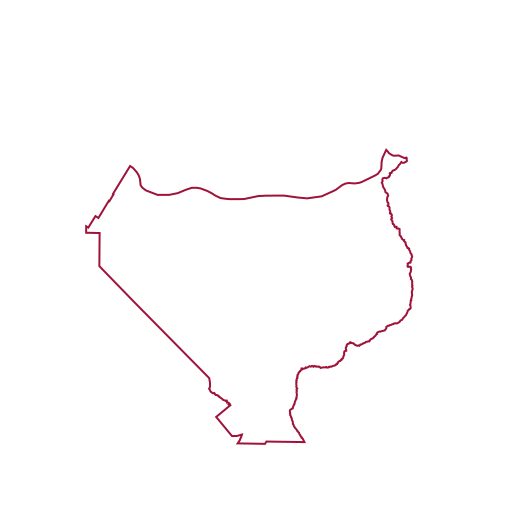 outline of Rosario, Santa Fe, Argentina, rotated 304°
{"feature_id": "61730980B23902943966550", "entity_name": "Rosario", "entity_type": "district", "adm_level": 2, "iso_a3": "ARG", "parent_name": "Argentina", "parent_adm1": "Santa Fe", "projection": "robinson", "projection_center": [-60.711, -33.096], "detail": "fine", "context": "isolated", "style": "outline", "palette": "rose", "viewbox_px": 512, "rotation_deg": 304, "n_neighbors": 0, "source": "geoboundaries", "source_scale": "gbopen_adm2", "svg_char_len": 6157}
<svg xmlns="http://www.w3.org/2000/svg" viewBox="0 0 512 512"><g transform="rotate(304 256 256)"><path d="M260.2,101.3L227.5,102.7L227.5,103.4L219.4,103.8L219.4,103.1L199.4,104.1L199.3,100.6L185.8,101.1L185.7,98.6L180.3,102.2L187.6,113.5L160.0,131.8L149.8,180.3L128.6,285.5L125.1,288.8L122.6,290.6L120.8,291.3L119.7,291.3L119.4,292.4L118.2,294.1L118.1,294.6L118.2,295.1L118.0,296.9L119.1,297.9L119.1,298.2L118.5,298.9L118.6,299.4L118.2,300.1L118.6,301.1L118.9,301.3L119.1,302.5L118.8,303.1L119.0,303.8L118.5,304.5L118.8,305.1L118.6,306.2L118.7,308.1L118.3,308.7L118.8,311.2L119.8,312.5L119.5,313.0L118.9,312.9L118.8,313.6L118.3,313.9L118.8,314.6L119.0,315.6L118.8,316.6L118.6,316.6L118.2,316.2L117.6,316.2L117.5,316.9L117.7,317.3L118.2,317.8L118.0,318.2L100.3,313.0L93.3,336.8L96.1,340.8L100.1,344.2L98.8,344.6L98.4,344.5L97.9,344.9L95.1,345.3L94.4,345.6L90.4,345.6L105.3,368.5L108.0,368.4L128.8,400.2L130.7,396.9L130.7,396.2L131.1,395.6L130.9,395.2L131.4,394.7L131.5,393.9L132.3,392.8L132.3,392.4L132.7,391.4L133.5,390.6L133.7,389.2L134.1,388.6L134.0,388.1L134.8,386.6L135.5,384.0L135.9,383.4L136.0,382.8L136.9,381.8L137.3,380.9L137.4,380.4L137.9,380.2L139.5,378.8L140.0,377.7L140.7,376.9L141.1,376.7L141.8,375.8L141.9,375.2L142.4,375.0L143.3,373.1L144.1,372.9L144.6,372.1L145.3,371.9L146.2,370.8L147.5,370.4L148.8,371.0L149.3,371.0L150.2,371.7L151.9,371.0L153.6,370.8L154.2,370.5L155.0,370.7L155.5,370.3L156.5,370.0L157.1,369.6L158.2,369.6L159.5,369.2L160.4,369.4L160.8,369.1L160.9,368.7L161.9,368.5L162.9,367.9L163.8,367.6L165.9,365.6L166.9,365.4L167.8,364.3L169.2,364.3L169.6,363.1L170.4,362.4L171.1,362.1L172.7,360.7L173.9,360.3L174.1,359.8L174.8,359.5L175.4,359.0L175.9,359.2L176.7,358.5L177.6,358.3L177.9,358.5L178.2,358.1L178.9,358.1L179.2,357.6L179.9,357.5L180.3,357.0L180.9,356.9L181.5,357.1L183.1,356.6L183.7,356.9L184.1,356.7L184.9,357.0L185.3,356.8L185.8,357.1L187.2,357.2L188.2,356.6L188.5,356.9L188.1,357.5L188.1,357.9L188.9,358.1L189.5,358.9L190.4,359.3L190.7,359.8L191.4,359.7L191.4,360.3L192.8,361.2L194.5,361.9L194.8,362.4L194.8,363.1L195.5,363.7L196.2,363.9L196.2,364.7L196.6,365.0L196.5,365.6L197.0,365.6L197.2,366.0L197.7,366.2L197.7,366.9L197.8,367.3L198.1,367.5L198.1,368.1L198.6,368.6L199.1,369.8L199.6,370.1L199.6,371.2L199.3,372.1L201.2,373.9L201.9,374.9L202.1,375.5L203.3,376.3L203.2,377.3L203.7,378.1L204.6,378.3L204.7,378.7L205.8,379.2L206.0,380.0L206.5,380.5L207.4,380.9L209.5,382.7L210.1,382.8L210.4,383.1L211.1,383.0L211.6,383.6L212.3,383.3L213.1,383.7L214.1,383.4L215.9,384.1L216.2,384.6L217.2,384.5L217.8,385.0L218.5,384.6L219.3,385.2L220.4,385.2L221.8,384.5L223.4,384.4L224.8,383.2L225.9,383.0L226.3,382.6L226.7,382.7L227.9,383.8L228.7,383.3L229.4,382.2L230.7,381.6L231.9,381.7L232.8,381.0L234.3,381.1L234.5,381.3L234.9,381.9L235.5,381.9L236.2,382.3L236.8,382.2L237.2,382.3L237.4,382.6L237.4,382.9L237.0,383.5L237.4,383.9L237.9,385.1L237.8,385.5L238.1,385.8L237.9,386.3L237.9,387.3L237.6,388.0L238.1,389.4L238.1,390.1L239.1,390.9L239.2,391.7L239.8,391.7L240.0,392.0L240.6,392.2L241.1,392.1L241.6,392.8L242.7,393.5L243.5,393.6L244.4,394.5L245.6,395.1L246.2,395.1L248.3,397.2L248.5,397.6L249.2,397.7L249.6,397.4L250.1,397.6L250.9,397.6L251.9,398.0L252.7,398.8L254.0,398.9L254.5,399.3L255.4,399.1L256.4,399.6L258.5,399.6L259.0,399.9L259.2,399.5L260.4,399.4L261.3,399.8L262.5,400.7L262.9,401.5L263.9,402.1L266.2,404.3L268.8,404.5L270.1,403.7L272.1,404.5L272.9,405.5L273.7,405.7L274.3,406.4L275.7,407.2L276.4,408.0L276.9,408.0L277.6,408.5L278.2,409.1L278.4,409.9L278.7,410.2L279.1,410.7L281.6,411.9L283.2,411.8L284.8,412.8L286.6,412.7L291.0,413.4L294.6,412.8L295.5,412.4L296.7,412.8L297.3,412.6L298.2,413.3L299.4,413.3L300.9,412.1L301.7,411.0L302.6,410.9L305.4,409.3L306.1,409.5L306.5,408.9L307.5,408.7L309.2,407.9L310.7,407.5L313.1,405.4L314.5,404.8L315.5,404.6L316.9,403.9L317.3,403.1L318.1,402.4L318.8,402.4L319.1,401.7L320.6,400.9L321.2,400.3L322.3,399.8L323.4,398.3L323.5,397.4L324.9,396.5L325.3,395.5L327.0,393.5L329.7,393.1L331.0,392.3L331.8,392.1L332.3,391.4L333.0,391.0L333.4,390.4L333.4,389.9L332.0,388.2L332.1,387.6L332.3,387.2L333.4,387.0L334.5,386.0L335.6,386.4L336.9,387.8L337.1,387.8L338.0,387.0L339.6,387.2L340.7,386.2L342.1,386.1L343.1,385.6L343.8,384.4L344.4,384.0L344.8,382.5L346.1,381.1L346.9,379.3L347.7,378.9L347.8,377.9L347.3,377.3L347.3,377.1L348.0,376.3L348.8,374.3L349.4,373.9L349.9,373.0L350.8,372.5L351.0,372.2L351.0,370.6L352.1,369.9L351.7,369.1L351.8,367.6L352.4,366.9L352.5,366.1L353.3,365.3L353.5,363.6L354.5,362.7L355.3,362.5L355.9,361.8L358.6,360.0L358.6,359.0L357.8,358.0L357.5,357.1L358.8,356.2L358.2,355.1L357.7,354.8L357.9,354.3L358.9,353.4L359.0,352.7L359.4,352.0L359.1,351.5L360.0,350.5L360.4,350.3L361.5,349.2L361.6,348.3L362.1,347.5L363.6,347.6L364.2,346.3L365.3,346.1L366.1,345.6L366.3,345.1L366.2,344.6L366.7,344.0L366.2,343.3L366.3,343.1L368.1,342.3L368.5,341.9L369.0,340.8L370.9,339.6L371.4,338.6L371.2,337.3L371.4,336.9L372.6,337.0L373.6,336.4L374.0,336.1L374.1,335.0L375.8,333.1L377.1,332.6L378.0,332.0L379.9,331.9L380.3,331.2L381.1,330.5L381.3,330.1L381.3,327.7L382.2,326.8L383.2,325.4L384.4,322.7L386.5,320.5L387.2,319.2L388.6,319.2L389.1,319.0L389.6,318.3L390.2,317.9L391.3,317.7L392.6,318.8L393.2,320.0L393.3,320.7L394.5,321.2L395.6,322.0L396.3,321.6L397.1,322.0L397.6,322.0L398.8,321.4L399.4,320.6L399.6,320.6L400.6,321.9L401.7,321.5L403.6,321.8L404.7,322.8L406.3,323.4L409.6,323.8L410.9,323.5L413.3,324.0L414.9,323.9L415.2,324.0L415.0,324.4L415.4,325.8L416.1,326.6L418.7,328.0L419.3,327.9L420.3,326.9L421.5,326.2L421.6,325.5L420.8,325.2L420.1,323.8L419.1,318.0L416.3,314.4L415.7,312.7L415.6,308.4L416.2,307.2L416.8,304.6L408.1,306.0L404.3,307.5L398.5,311.0L397.1,311.3L392.4,311.1L389.5,309.8L376.5,302.3L374.4,300.7L371.3,297.2L368.4,292.1L366.0,289.6L363.0,287.8L355.3,285.1L342.2,277.1L332.4,266.2L327.9,258.0L321.7,245.4L312.0,231.1L306.9,224.3L296.4,214.1L288.8,203.0L286.7,199.3L284.2,194.2L283.3,188.3L283.3,184.5L282.7,179.3L281.0,172.2L279.4,168.7L276.7,164.7L271.4,160.6L264.5,156.1L258.2,149.9L251.6,140.1L248.8,128.0L249.1,123.5L250.1,120.8L254.9,116.8L257.2,113.8L258.8,110.3L260.2,104.9L260.2,101.3Z" fill="none" stroke="#9f1239" stroke-width="2"/></g></svg>